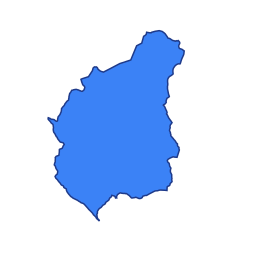 San Miguel Peras, Oaxaca, Mexico, rotated 330°
{"feature_id": "50627088B72532409428040", "entity_name": "San Miguel Peras", "entity_type": "district", "adm_level": 2, "iso_a3": "MEX", "parent_name": "Mexico", "parent_adm1": "Oaxaca", "projection": "natural_earth1", "projection_center": [-97.017, 16.925], "detail": "fine", "context": "isolated", "style": "filled", "palette": "blue", "viewbox_px": 256, "rotation_deg": 330, "n_neighbors": 0, "source": "geoboundaries", "source_scale": "gbopen_adm2", "svg_char_len": 5730}
<svg xmlns="http://www.w3.org/2000/svg" viewBox="0 0 256 256"><g transform="rotate(330 128 128)"><path d="M162.9,166.5L162.4,164.8L162.5,163.4L162.3,161.9L162.0,161.0L161.9,159.5L161.6,158.6L161.5,157.5L161.3,156.9L161.3,155.8L161.9,155.0L162.0,154.0L162.5,153.0L162.5,152.5L162.6,151.4L162.7,150.9L163.1,150.4L163.8,149.6L164.6,149.0L165.1,147.7L166.1,146.6L166.8,146.2L167.8,146.0L168.9,145.2L168.7,144.6L168.7,144.2L168.7,143.1L168.6,142.6L168.5,141.8L168.3,139.7L168.6,136.2L168.4,135.5L168.4,135.0L169.3,134.5L169.6,134.1L169.9,132.7L170.0,131.8L170.0,131.1L170.2,129.5L170.4,128.4L170.3,127.3L170.2,126.4L170.0,125.9L170.4,125.6L171.5,125.7L172.2,125.7L173.8,125.0L174.1,124.7L174.3,123.8L176.3,122.0L176.9,121.7L178.8,121.7L179.6,121.3L180.0,119.1L181.6,114.3L182.0,113.4L182.5,112.6L182.9,111.8L183.8,110.8L184.4,109.9L184.8,109.1L185.2,108.1L186.0,106.7L186.8,105.6L188.0,104.8L188.7,104.5L189.8,104.1L190.9,104.2L193.0,104.0L193.8,103.9L194.5,103.1L194.7,102.3L195.6,100.7L196.3,99.8L197.3,98.9L198.3,98.4L199.2,98.0L200.1,97.6L201.0,97.5L201.7,97.4L202.5,97.4L203.7,97.6L205.1,98.5L205.9,98.0L207.8,96.2L209.2,95.0L211.0,93.7L212.9,92.3L213.7,91.4L215.0,89.6L215.2,89.4L215.0,89.0L214.7,88.3L214.5,87.6L214.0,86.7L212.7,85.3L212.3,84.7L212.4,83.9L212.6,82.9L213.0,82.2L213.7,81.5L214.6,81.0L215.3,80.4L215.6,79.5L215.5,78.4L215.2,77.3L214.4,77.3L213.7,77.0L213.4,76.5L212.4,76.5L212.0,76.0L211.3,75.2L210.8,74.9L210.4,74.4L209.8,73.2L208.9,71.4L208.2,70.7L207.7,70.3L207.5,69.8L207.6,68.8L207.5,67.6L207.3,65.0L206.8,63.5L205.9,61.5L203.7,59.3L199.8,57.8L196.3,56.9L195.7,57.1L195.2,56.8L194.9,56.7L194.4,56.4L193.9,56.0L192.0,54.4L191.5,55.0L190.5,56.1L189.9,56.2L189.3,56.3L188.8,56.4L187.5,56.4L187.4,56.4L182.3,61.4L176.6,61.1L164.4,70.5L153.1,68.1L142.6,67.7L134.7,67.3L132.8,65.3L132.5,64.8L132.3,64.4L132.2,64.1L132.1,63.7L131.9,63.3L131.7,63.0L131.6,62.5L131.4,61.6L131.6,61.2L131.6,60.5L131.4,60.0L131.3,59.4L129.8,58.6L129.5,58.3L128.8,58.4L128.1,58.5L127.6,58.8L127.1,59.3L125.8,60.6L119.4,63.8L112.9,62.4L111.6,62.3L111.5,62.8L110.8,65.6L110.7,66.6L110.5,67.4L110.5,68.3L110.7,69.1L111.0,69.7L111.1,70.2L110.9,71.2L110.5,71.7L109.9,72.1L109.4,72.8L108.9,73.0L106.9,73.4L106.6,73.3L106.4,73.2L105.9,72.7L105.6,72.3L105.3,71.9L105.0,71.5L104.6,71.3L104.5,70.9L104.3,70.5L103.9,70.1L103.5,69.8L102.8,68.9L102.3,68.6L101.9,68.4L101.5,68.2L100.0,67.7L99.6,67.6L98.9,67.6L98.1,67.2L97.9,67.3L97.0,68.0L96.1,68.4L95.4,68.7L94.7,69.0L93.7,70.1L92.4,71.5L91.9,72.4L91.3,72.9L90.6,74.0L89.9,74.2L88.9,74.2L87.5,74.7L86.7,75.1L86.0,75.3L85.4,75.6L84.1,76.6L82.2,77.1L81.5,77.4L80.8,77.7L80.2,77.9L79.6,78.8L78.7,80.0L78.2,80.5L77.7,81.0L77.1,81.3L76.3,82.0L75.5,82.5L75.1,82.6L74.2,83.0L73.2,83.3L72.7,83.8L72.3,84.3L72.0,84.5L71.8,84.8L71.5,85.1L71.2,85.6L70.8,86.2L70.5,86.4L70.3,86.6L70.0,86.6L69.7,86.5L69.4,86.4L69.0,85.8L68.8,85.4L68.6,85.0L68.5,84.6L68.3,84.0L68.1,83.7L67.7,83.4L67.4,83.1L67.1,82.8L66.7,82.6L66.3,82.5L66.0,82.0L65.8,81.8L65.6,81.4L65.3,81.0L65.2,80.5L64.8,80.2L64.3,79.4L64.1,79.2L63.8,79.5L63.3,80.3L63.3,81.0L63.9,83.6L64.0,85.2L64.4,86.3L64.7,87.0L64.8,87.4L64.4,88.6L63.5,90.7L62.8,91.4L62.3,92.3L62.2,92.5L62.0,93.3L61.7,93.9L61.6,94.8L61.8,96.3L61.6,99.7L61.8,100.0L62.0,101.0L61.7,101.8L61.8,103.0L62.3,106.3L64.3,108.2L64.5,108.7L64.5,109.3L64.5,109.9L64.5,110.4L63.1,111.0L62.2,111.7L60.8,112.7L58.0,112.2L57.8,112.3L56.4,114.6L54.8,116.7L54.4,117.1L53.9,117.0L51.7,116.6L50.2,117.2L50.0,117.8L49.7,118.3L49.4,118.8L48.9,119.5L48.0,121.0L47.0,121.7L45.7,123.1L45.7,123.3L45.9,123.9L45.9,125.0L45.5,126.5L45.4,127.4L45.6,130.0L45.2,130.8L44.8,131.3L44.1,132.0L43.8,132.5L41.9,132.8L40.6,133.5L40.4,135.5L40.5,135.8L40.6,136.1L41.0,137.4L41.1,138.3L41.1,139.1L41.3,139.9L41.3,140.5L41.5,141.1L41.6,141.5L41.7,142.4L41.7,142.9L41.7,143.5L41.8,143.9L42.2,144.7L42.9,145.5L43.0,145.8L43.0,146.6L42.9,146.8L42.7,147.4L43.0,148.1L43.7,149.2L44.1,150.0L43.9,150.4L43.5,151.3L43.4,151.6L43.4,152.3L43.3,153.0L43.4,154.0L43.5,155.0L43.7,156.3L43.9,156.9L44.0,157.9L44.4,159.2L44.9,160.0L45.2,161.0L45.7,161.8L48.2,165.5L48.5,166.2L48.8,166.9L49.6,168.2L50.0,169.3L51.3,170.7L51.8,171.6L52.1,172.6L53.1,177.4L53.3,178.9L53.7,180.2L54.1,181.6L54.4,182.9L54.6,183.6L54.7,184.5L54.7,186.0L55.1,186.9L55.7,189.6L55.5,190.6L56.1,192.2L56.7,194.3L56.9,193.4L56.8,192.5L56.5,191.8L56.4,191.4L56.7,189.8L57.5,188.0L57.6,187.4L59.0,186.4L59.6,185.2L60.1,184.7L61.3,184.1L62.0,183.7L63.1,183.4L65.1,183.3L67.7,182.3L69.1,182.4L70.6,182.2L71.3,181.3L75.2,180.9L77.2,179.5L78.6,179.4L78.8,179.3L79.3,179.1L80.3,178.2L81.5,179.4L82.4,180.4L82.5,180.6L82.2,182.4L83.3,182.9L83.4,182.3L83.5,181.8L84.4,181.3L85.1,180.7L85.7,180.4L86.2,180.4L87.3,180.2L88.2,180.3L88.8,180.3L89.3,180.7L90.0,181.4L91.9,182.8L92.5,183.0L92.8,183.3L93.2,183.8L93.6,183.8L94.0,184.3L94.6,185.7L95.3,187.1L96.0,190.2L96.4,190.6L99.2,191.7L100.0,191.8L100.6,192.4L101.8,194.0L102.2,194.5L102.7,194.9L104.0,195.4L104.4,195.4L104.8,195.3L105.2,195.4L105.6,195.3L106.0,195.0L106.4,194.7L106.9,194.5L107.2,194.6L107.3,194.6L107.7,194.7L108.1,194.8L109.1,195.0L110.4,195.7L113.3,195.7L119.6,196.0L120.6,196.3L122.4,197.2L123.7,197.4L124.5,197.7L125.3,198.1L129.0,200.5L130.5,201.6L132.1,199.1L132.8,198.4L135.2,198.6L135.9,198.2L136.7,197.2L139.3,196.5L139.4,196.3L140.1,194.4L140.7,193.9L141.2,192.6L142.5,190.3L142.7,187.4L143.7,185.6L145.1,184.2L145.0,182.0L146.0,179.1L145.6,178.1L145.4,177.2L145.7,176.4L145.7,176.0L145.9,175.7L146.6,175.3L147.2,175.1L149.8,175.1L152.7,175.5L153.4,176.2L155.8,177.9L161.5,172.7L161.7,171.5L162.4,170.4L162.4,170.0L162.3,169.7L162.1,169.3L162.0,168.9L162.0,168.5L162.1,168.1L162.2,167.7L162.4,167.3L162.6,166.9L162.8,166.7L162.9,166.5Z" fill="#3b82f6" stroke="#1e3a8a" stroke-width="1.5"/></g></svg>